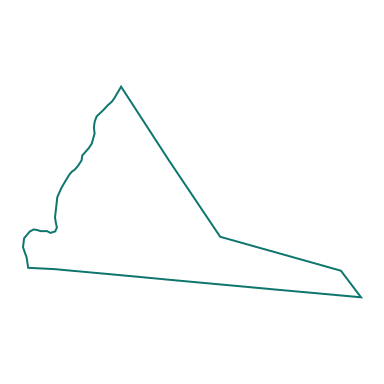 outline of Alto do Rodrigues, Rio Grande do Norte, Brazil
{"feature_id": "56859067B38612658139094", "entity_name": "Alto do Rodrigues", "entity_type": "district", "adm_level": 2, "iso_a3": "BRA", "parent_name": "Brazil", "parent_adm1": "Rio Grande do Norte", "projection": "equal_earth", "projection_center": [-36.771, -5.342], "detail": "fine", "context": "isolated", "style": "outline", "palette": "teal", "viewbox_px": 384, "rotation_deg": 0, "n_neighbors": 0, "source": "geoboundaries", "source_scale": "gbopen_adm2", "svg_char_len": 634}
<svg xmlns="http://www.w3.org/2000/svg" viewBox="0 0 384 384"><path d="M361.0,297.3L340.9,270.7L220.2,236.8L169.2,160.8L121.1,86.7L114.3,98.3L111.8,101.7L107.2,105.8L104.1,109.3L101.0,112.3L96.7,116.3L94.7,121.5L93.9,127.3L94.6,133.5L91.8,143.5L88.8,148.1L82.2,155.6L81.6,160.3L78.2,165.6L74.8,169.6L71.8,171.7L69.4,174.6L65.8,180.4L61.5,187.7L57.3,197.2L55.0,217.6L55.8,222.5L56.9,227.6L55.2,231.4L50.4,232.9L47.0,231.1L40.4,231.1L36.8,229.9L33.5,229.5L29.7,231.6L24.1,238.3L23.0,247.2L26.6,257.5L28.2,267.8L55.8,269.2L60.6,269.7L142.3,277.2L171.5,280.0L279.4,289.9L361.0,297.3Z" fill="none" stroke="#0f766e" stroke-width="2"/></svg>